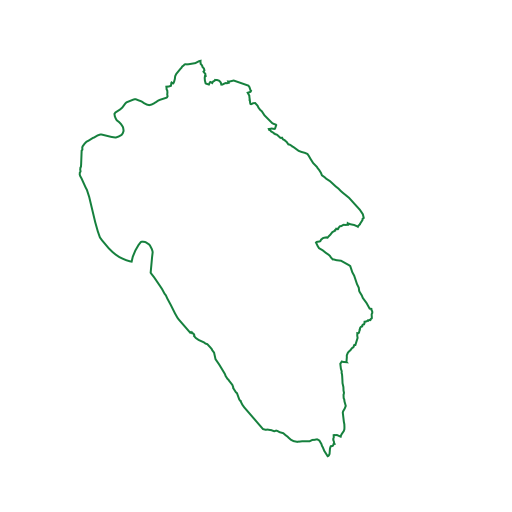 Våler nor, Østfold, Norway, rotated 51°
{"feature_id": "86288312B88858527960319", "entity_name": "Våler nor", "entity_type": "district", "adm_level": 2, "iso_a3": "NOR", "parent_name": "Norway", "parent_adm1": "Østfold", "projection": "robinson", "projection_center": [10.969, 59.464], "detail": "fine", "context": "isolated", "style": "outline", "palette": "green", "viewbox_px": 512, "rotation_deg": 51, "n_neighbors": 0, "source": "geoboundaries", "source_scale": "gbopen_adm2", "svg_char_len": 6001}
<svg xmlns="http://www.w3.org/2000/svg" viewBox="0 0 512 512"><g transform="rotate(51 256 256)"><path d="M68.0,212.4L68.1,212.7L70.2,215.0L69.4,217.1L68.0,219.1L69.3,219.9L70.0,220.5L71.7,220.9L73.5,222.2L74.4,223.2L76.2,224.2L76.7,225.3L76.6,226.1L74.3,232.0L73.8,233.7L73.6,234.8L73.5,236.8L73.3,237.8L73.2,239.2L72.6,241.8L71.6,244.0L69.7,245.5L66.6,246.9L64.6,247.4L63.1,248.1L61.0,249.4L58.8,250.6L58.0,251.3L57.3,252.8L55.1,259.9L55.2,261.5L56.5,266.5L56.6,269.4L56.0,275.0L56.5,276.6L58.6,277.8L60.9,278.5L62.9,278.8L65.9,278.1L68.6,277.9L71.7,278.2L72.8,278.6L74.9,279.8L75.6,280.4L76.8,282.4L77.3,284.3L76.7,287.6L75.7,290.4L74.7,291.4L72.4,293.5L64.5,299.5L63.9,300.1L63.5,300.8L62.6,303.3L62.0,307.4L61.6,308.4L61.0,313.5L60.5,315.8L60.8,318.4L61.6,321.5L62.2,322.6L64.1,324.0L64.4,325.2L74.8,334.3L76.5,335.9L76.8,336.8L77.5,337.5L78.3,338.3L79.7,339.0L80.0,339.4L80.3,340.4L81.7,341.7L83.2,342.3L86.0,342.8L95.6,345.3L98.2,345.8L105.2,348.5L128.6,359.7L137.2,363.4L143.3,365.6L146.9,365.8L157.3,365.6L162.6,365.0L166.5,364.2L170.8,362.9L174.2,361.3L177.6,359.5L180.7,357.4L182.1,356.2L179.0,352.2L175.8,346.3L173.5,340.3L172.7,336.8L172.9,336.0L173.6,335.0L175.3,333.4L176.3,332.9L179.8,331.8L181.1,331.8L185.0,332.6L187.1,333.4L188.1,334.0L191.6,337.6L202.7,348.4L203.8,348.5L208.4,348.6L218.2,349.4L222.5,349.8L227.8,350.8L229.8,350.8L233.3,351.7L240.7,353.1L249.7,355.1L254.5,355.9L256.6,356.0L274.2,355.4L274.2,354.4L275.0,354.4L275.2,353.9L276.0,354.2L276.8,353.5L278.0,353.5L278.8,353.8L279.1,354.5L281.8,354.4L285.2,353.4L290.4,350.8L292.2,350.4L293.9,349.3L298.5,349.0L300.8,349.0L301.5,349.3L304.7,349.4L310.7,352.4L317.1,352.9L326.6,354.2L328.4,354.5L330.0,355.1L333.6,355.5L334.8,355.2L335.3,355.4L341.3,355.5L343.7,356.3L344.1,356.8L349.3,357.4L350.6,357.1L357.0,359.3L359.1,359.4L359.2,359.2L360.2,359.6L363.0,360.2L366.2,360.4L394.9,359.5L397.2,357.8L398.1,356.3L400.4,354.3L400.7,353.9L403.7,352.1L404.4,350.2L405.6,349.4L407.8,348.5L410.9,346.3L413.8,345.8L416.5,345.1L417.3,345.1L420.8,344.5L423.5,343.3L426.5,340.8L426.8,340.0L427.3,339.5L429.1,336.6L433.7,331.0L434.4,328.0L435.7,326.2L436.6,324.4L437.2,323.7L439.3,322.9L443.3,323.5L445.0,324.2L446.8,324.5L450.5,325.6L456.7,326.3L456.9,325.6L456.8,324.9L456.1,323.4L452.4,319.9L451.5,318.7L450.9,317.6L451.7,316.2L451.8,315.5L451.4,314.8L451.3,314.2L451.0,314.0L451.4,313.2L450.7,313.1L449.1,312.2L447.5,311.7L447.4,311.4L446.6,310.9L446.0,309.8L444.1,308.4L444.4,307.8L445.6,306.5L446.0,305.8L449.7,303.9L448.9,302.8L448.3,301.4L447.3,298.0L446.3,296.4L444.7,295.0L442.3,293.2L440.2,292.1L432.3,287.1L431.5,286.0L430.4,283.1L429.0,280.6L424.8,278.8L423.0,277.7L421.6,277.3L418.9,275.3L418.5,274.6L417.5,273.6L415.7,272.7L412.9,270.6L409.3,268.8L406.9,267.0L403.7,264.7L401.9,263.5L400.8,263.1L399.5,261.9L397.1,261.0L392.8,258.3L392.0,255.7L393.0,255.1L395.6,252.4L395.3,252.4L391.7,249.0L390.7,248.3L390.2,247.7L389.1,245.7L388.8,244.6L388.6,242.4L388.7,242.1L388.1,239.9L388.0,238.9L388.2,237.9L387.9,237.0L387.5,236.6L387.0,235.6L387.7,234.8L383.6,228.6L381.7,227.5L379.7,225.8L380.3,225.3L380.4,224.2L379.4,223.0L378.9,222.0L378.4,221.8L378.2,221.1L377.8,220.9L377.4,220.3L377.1,219.2L377.3,218.5L377.2,218.1L377.5,217.7L376.6,216.5L376.7,215.6L377.1,215.0L376.6,214.1L375.4,213.0L376.4,211.2L376.5,209.9L376.8,209.7L376.6,209.4L376.9,209.2L377.0,208.3L377.8,207.5L377.7,207.2L377.2,206.6L377.2,206.2L377.3,205.3L376.6,204.6L374.4,203.1L373.7,202.2L373.4,201.4L372.1,200.5L370.9,200.3L369.7,199.6L368.4,200.8L362.2,199.7L355.8,199.4L353.2,198.6L349.3,198.1L348.1,197.8L345.3,196.1L341.4,195.2L333.1,192.1L329.3,191.4L323.1,189.1L321.7,189.5L313.2,192.9L309.8,196.2L307.5,197.8L307.0,198.5L304.3,198.7L302.3,198.5L300.6,198.8L297.3,199.8L293.5,200.6L289.6,202.1L287.1,201.8L283.3,200.9L283.3,199.9L283.5,199.5L284.8,197.3L284.9,196.6L284.2,195.0L284.3,194.4L284.2,193.0L284.8,191.3L285.4,190.6L285.6,189.7L286.6,189.3L286.8,188.9L286.5,187.5L286.2,184.6L285.9,183.6L285.8,182.8L285.6,182.3L285.5,181.4L285.8,180.2L285.8,179.5L286.1,178.5L285.5,178.0L285.6,177.2L285.3,176.5L286.3,176.0L286.7,175.5L286.6,175.0L286.2,174.7L285.7,172.2L285.8,171.8L286.4,171.0L286.8,168.4L288.1,167.0L289.6,164.9L288.7,164.5L288.4,164.2L289.4,164.0L289.5,163.9L289.3,163.5L290.8,162.6L293.7,160.2L297.0,158.5L297.4,158.4L296.9,157.2L296.8,155.3L296.5,155.0L295.1,150.7L294.2,149.8L294.2,148.3L290.8,146.7L285.5,146.2L269.3,147.1L261.8,148.7L258.9,149.2L255.5,149.5L252.0,150.3L244.4,151.4L240.1,152.8L237.9,153.1L234.8,154.0L232.2,153.2L228.9,152.8L226.3,152.8L225.2,152.6L219.7,153.1L214.6,152.5L211.6,152.0L209.1,151.8L206.6,153.1L203.7,155.2L201.1,156.7L194.6,158.4L193.8,158.9L193.0,158.9L190.5,159.8L189.7,160.6L186.6,160.4L184.7,160.8L184.0,160.8L182.7,161.5L182.0,161.6L180.5,161.3L180.0,162.2L179.5,162.7L175.3,163.3L174.5,163.6L173.5,164.4L172.7,164.5L172.5,164.8L171.3,164.9L168.6,165.9L167.0,165.8L166.4,166.4L165.4,166.1L166.2,164.8L166.7,163.7L168.8,161.8L169.0,161.1L167.0,157.9L166.4,157.9L164.3,159.2L162.9,159.8L152.0,160.9L147.2,160.4L145.1,160.8L142.2,160.7L140.2,160.2L136.6,160.4L135.4,162.2L135.1,164.0L134.5,164.6L133.5,164.3L131.8,163.2L130.8,162.9L130.8,162.6L128.3,161.1L127.2,160.3L123.9,159.7L124.9,157.1L124.9,156.7L124.5,155.9L123.8,156.0L120.6,154.8L118.8,154.7L105.6,162.9L103.6,167.1L102.9,167.8L104.2,168.2L103.4,170.0L102.6,170.5L102.1,172.0L101.6,174.3L101.0,175.1L99.0,174.2L96.7,174.3L95.0,175.3L94.1,176.2L93.9,176.7L93.4,177.0L93.7,178.1L93.4,179.6L94.0,181.2L92.5,181.6L92.0,182.0L92.3,183.1L93.1,184.7L90.7,186.3L90.1,186.5L87.5,185.3L85.3,183.8L84.4,182.8L84.2,182.6L84.5,182.3L84.5,181.8L83.6,181.6L82.7,180.8L79.7,180.8L79.3,179.3L78.7,179.0L77.5,178.5L75.2,178.6L74.6,178.2L73.6,178.0L71.9,178.1L69.9,176.8L69.4,176.3L68.8,177.5L67.9,181.8L64.5,187.8L63.6,189.1L62.6,190.1L62.2,191.0L62.4,192.5L62.3,194.1L62.9,195.8L62.9,196.5L64.3,203.3L65.2,205.3L65.9,206.2L67.3,207.6L69.1,210.1L69.7,211.4L69.8,211.7L69.5,212.0L68.0,212.4Z" fill="none" stroke="#15803d" stroke-width="2"/></g></svg>